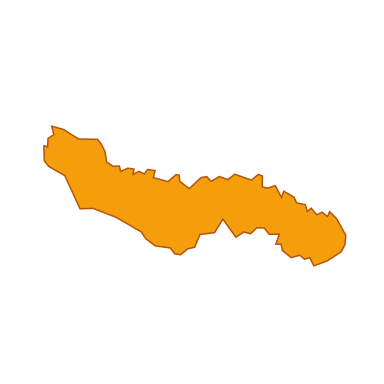 the district of King and Queen, Virginia, United States of America, rotated 146°
{"feature_id": "52423323B46696554081250", "entity_name": "King and Queen", "entity_type": "district", "adm_level": 2, "iso_a3": "USA", "parent_name": "United States of America", "parent_adm1": "Virginia", "projection": "mercator", "projection_center": [-76.93, 37.702], "detail": "fine", "context": "isolated", "style": "filled", "palette": "amber", "viewbox_px": 384, "rotation_deg": 146, "n_neighbors": 0, "source": "geoboundaries", "source_scale": "gbopen_adm2", "svg_char_len": 1217}
<svg xmlns="http://www.w3.org/2000/svg" viewBox="0 0 384 384"><g transform="rotate(146 192 192)"><path d="M88.9,98.7L93.5,95.9L95.4,102.5L101.4,103.4L102.2,112.0L107.4,111.3L105.1,118.2L111.4,124.5L110.3,130.7L115.5,141.3L120.9,137.3L119.4,150.7L127.4,153.0L130.9,157.0L124.7,165.9L127.2,169.5L136.0,168.6L146.6,182.8L155.5,182.3L160.6,189.5L170.3,190.2L171.1,196.5L176.5,198.9L192.4,196.3L196.1,207.6L193.2,213.2L195.5,215.3L206.1,214.1L216.0,225.5L210.6,230.4L216.3,235.5L221.4,233.6L224.4,238.8L231.0,239.5L227.3,243.5L231.8,247.6L239.8,249.0L237.6,254.1L243.1,257.4L246.0,264.6L241.6,273.9L240.4,282.7L240.9,288.5L256.2,299.2L260.0,307.4L263.5,315.7L271.5,325.0L274.5,316.8L281.4,316.9L286.4,310.3L289.0,313.1L297.0,300.5L296.5,293.3L288.3,276.8L294.2,240.7L283.2,233.7L269.3,213.8L256.4,187.3L256.4,179.0L252.6,167.9L241.3,157.7L240.9,150.4L236.6,146.4L227.4,147.3L220.7,144.7L209.2,152.3L196.0,145.7L181.6,152.2L180.9,130.0L171.3,129.8L166.7,124.6L158.3,126.1L152.2,121.7L151.7,113.8L143.1,108.2L151.7,101.8L147.3,99.1L149.8,92.9L146.5,82.1L138.0,79.3L136.3,73.3L131.1,71.8L132.3,62.6L118.4,59.3L101.7,59.0L94.4,63.0L88.7,70.1L87.0,89.0L88.9,98.7Z" fill="#f59e0b" stroke="#b45309" stroke-width="1.5"/></g></svg>